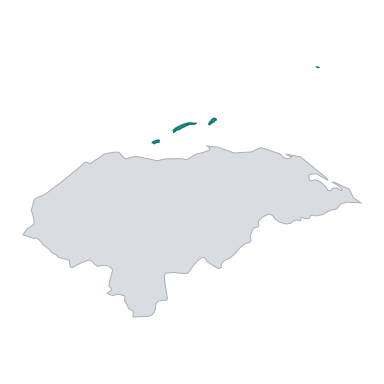 location of Islas de la Bahía within Honduras
{"feature_id": "HND-641", "entity_name": "Islas de la Bahía", "entity_type": "Department", "adm_level": 1, "iso_a3": "HND", "parent_name": "Honduras", "parent_adm1": "", "projection": "albers", "projection_center": [-86.1, 16.743], "detail": "fine", "context": "in_parent", "style": "filled", "palette": "teal", "viewbox_px": 384, "rotation_deg": 0, "n_neighbors": 0, "source": "natural_earth", "source_scale": "10m", "svg_char_len": 3530}
<svg xmlns="http://www.w3.org/2000/svg" viewBox="0 0 384 384"><path d="M361.0,202.9L346.9,202.2L340.4,204.1L337.5,208.0L335.1,209.8L333.0,209.4L328.8,211.0L322.5,214.6L316.8,215.9L311.7,215.1L310.2,216.0L309.8,217.2L309.1,218.3L307.1,218.9L304.8,218.6L302.3,217.4L300.9,217.9L300.8,220.2L299.4,220.8L296.8,219.8L293.9,220.6L290.7,223.3L286.1,224.0L280.2,222.4L275.6,219.5L272.3,215.2L268.4,214.2L261.7,217.4L258.8,221.2L258.2,223.5L258.9,225.6L257.7,227.0L254.5,227.7L252.1,230.3L250.5,234.7L250.2,238.1L251.2,240.5L249.6,242.3L245.5,243.4L240.6,247.2L235.0,253.7L229.4,258.3L223.8,260.9L221.1,263.7L221.3,266.8L221.0,267.8L219.9,268.2L218.1,268.6L207.3,261.8L204.2,257.1L201.6,257.8L198.2,260.2L193.4,265.5L188.3,272.8L185.8,273.6L173.0,272.5L166.3,273.1L164.9,274.1L164.3,276.8L164.6,280.3L166.5,293.2L167.5,298.4L166.4,300.1L163.0,300.3L158.5,301.0L156.1,303.4L155.5,305.9L155.2,309.4L153.8,313.0L151.0,315.5L148.3,316.4L133.0,317.0L133.3,311.1L128.9,308.7L126.4,303.7L124.3,300.4L125.0,298.4L124.8,296.0L118.6,294.1L112.8,295.5L109.4,294.5L107.0,293.3L111.2,290.4L111.6,288.6L110.2,287.3L108.8,286.4L109.3,283.1L110.2,279.2L112.6,270.1L111.7,268.5L107.9,265.7L103.0,265.4L97.6,266.2L95.0,264.7L92.7,261.6L88.9,260.0L82.0,262.5L74.7,266.2L72.5,267.5L70.6,267.3L69.9,264.5L69.5,261.1L69.1,260.3L65.3,259.0L60.8,258.1L58.5,257.2L56.3,254.9L51.0,251.9L49.8,249.6L42.7,244.5L41.3,242.0L39.6,240.2L36.2,237.8L33.5,238.4L24.4,235.3L23.0,235.1L24.3,232.6L27.3,228.7L33.6,224.5L34.2,221.0L32.7,214.2L31.1,209.9L32.0,207.9L34.1,200.1L35.6,198.3L44.7,194.5L45.5,194.0L52.7,188.5L60.7,182.5L69.0,175.8L78.2,168.3L83.3,163.9L85.7,162.0L90.9,163.7L95.1,160.1L97.5,159.0L103.2,154.7L104.9,153.8L114.3,152.1L118.8,152.2L122.7,156.6L125.9,159.0L131.8,157.0L136.8,156.5L157.3,160.7L165.4,158.9L180.3,158.6L187.1,159.6L196.6,153.9L202.7,152.7L209.8,150.0L208.9,147.3L207.2,146.1L218.1,147.2L234.3,153.0L251.6,151.9L257.9,148.7L261.9,147.8L279.7,153.7L284.4,158.2L288.0,158.7L290.8,157.6L291.6,156.6L288.1,155.7L286.5,154.2L300.5,156.9L327.1,178.4L327.6,180.1L316.3,173.8L310.4,174.4L308.8,175.4L309.2,178.9L309.8,180.6L312.3,180.7L314.2,179.8L318.9,180.9L322.0,183.2L325.7,186.7L328.0,190.5L330.4,190.6L332.8,188.2L337.3,187.9L340.2,190.4L342.3,190.3L339.3,186.3L332.5,182.3L334.1,182.1L349.3,189.2L353.6,198.2L357.2,200.2L361.0,202.9ZM183.7,126.1L175.0,130.5L172.3,130.4L176.3,127.0L182.7,124.1L188.1,122.7L192.6,123.3L183.7,126.1ZM213.3,121.4L209.2,124.7L208.5,123.2L210.5,120.2L212.9,118.5L215.3,118.7L214.8,120.0L213.3,121.4Z" fill="#d9dde1" stroke="#a8b0b8" stroke-width="1"/><path d="M173.6,131.3L174.0,130.0L175.6,128.7L177.7,127.4L179.4,126.6L182.6,125.1L186.1,123.9L188.4,123.2L190.1,123.1L192.2,123.2L193.9,123.3L196.6,123.3L195.5,123.6L194.3,124.2L193.2,123.9L191.6,124.3L190.5,124.0L189.5,124.2L189.2,124.4L188.4,124.9L188.1,125.0L187.6,125.0L186.8,125.2L185.8,125.9L183.9,126.9L181.9,127.6L179.9,129.1L178.0,129.7L176.8,129.8L175.9,130.6L175.0,131.5L173.9,132.2L173.6,131.3ZM211.1,121.4L212.0,119.9L212.6,119.1L214.4,118.3L215.4,118.7L216.2,119.4L216.0,120.1L214.8,120.2L214.5,121.0L213.8,122.0L212.7,122.0L212.0,122.9L209.2,124.7L209.0,124.2L209.6,123.2L210.3,121.8L211.1,121.4ZM158.9,140.2L159.2,140.5L158.7,141.5L158.9,142.1L157.8,142.1L157.0,142.3L155.5,142.9L154.3,143.6L153.4,142.9L152.4,142.6L152.9,141.9L155.3,140.8L156.7,140.5L157.5,140.3L158.2,140.1L158.9,140.2ZM316.9,67.0L317.3,67.0L317.7,67.1L318.1,67.2L318.4,67.4L317.9,67.5L317.5,67.5L317.1,67.3L316.9,67.0Z" fill="#14b8a6" stroke="#0f766e" stroke-width="1.5"/></svg>